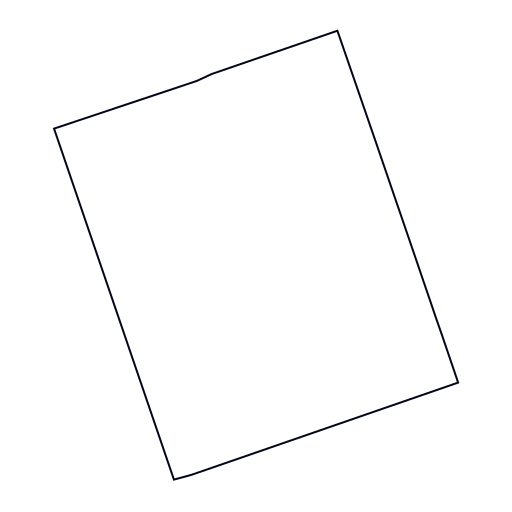 Hitchcock, Nebraska, United States of America, rotated 251°
{"feature_id": "52423323B23020703161969", "entity_name": "Hitchcock", "entity_type": "district", "adm_level": 2, "iso_a3": "USA", "parent_name": "United States of America", "parent_adm1": "Nebraska", "projection": "equal_earth", "projection_center": [-101.114, 40.176], "detail": "fine", "context": "isolated", "style": "outline", "palette": "ink", "viewbox_px": 512, "rotation_deg": 251, "n_neighbors": 0, "source": "geoboundaries", "source_scale": "gbopen_adm2", "svg_char_len": 422}
<svg xmlns="http://www.w3.org/2000/svg" viewBox="0 0 512 512"><g transform="rotate(251 256 256)"><path d="M69.5,405.9L70.5,405.9L90.3,406.0L95.2,406.0L120.1,406.1L142.2,406.0L157.3,406.1L166.1,406.1L172.7,406.1L197.6,406.2L244.1,406.3L265.5,406.3L324.9,406.4L442.5,406.3L442.5,273.2L440.8,257.1L442.2,106.5L429.8,106.5L71.3,105.6L70.1,123.8L70.5,405.9L69.5,405.9Z" fill="none" stroke="#020617" stroke-width="2"/></g></svg>